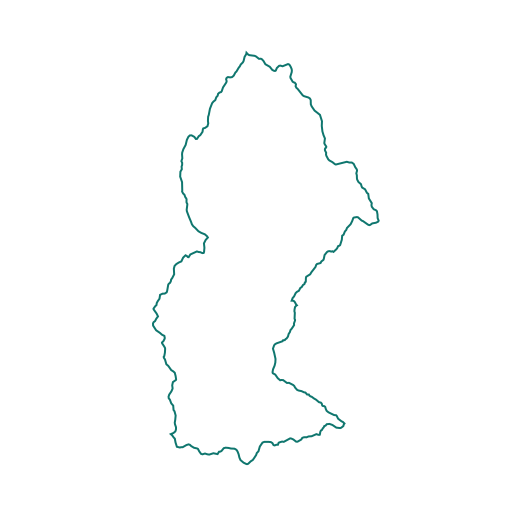 Pomabamba, Áncash, Peru (Equal Earth projection), rotated 345°
{"feature_id": "86281439B64426099138433", "entity_name": "Pomabamba", "entity_type": "district", "adm_level": 2, "iso_a3": "PER", "parent_name": "Peru", "parent_adm1": "Áncash", "projection": "equal_earth", "projection_center": [-77.411, -8.715], "detail": "fine", "context": "isolated", "style": "outline", "palette": "teal", "viewbox_px": 512, "rotation_deg": 345, "n_neighbors": 0, "source": "geoboundaries", "source_scale": "gbopen_adm2", "svg_char_len": 6107}
<svg xmlns="http://www.w3.org/2000/svg" viewBox="0 0 512 512"><g transform="rotate(345 256 256)"><path d="M151.7,432.9L153.0,433.7L155.6,433.6L157.6,434.9L159.4,435.7L163.8,435.5L167.6,437.4L169.6,435.5L171.0,435.7L172.2,435.4L175.1,433.3L177.1,433.3L179.8,434.3L182.0,435.5L185.2,436.5L186.3,437.4L187.2,438.7L187.6,440.3L187.9,443.0L187.8,446.4L188.2,449.1L190.5,452.4L192.9,454.5L193.9,454.8L194.8,454.6L197.7,453.0L200.1,452.2L201.9,450.7L204.6,448.3L205.8,446.5L207.8,445.3L210.4,441.0L214.0,437.9L215.9,437.7L219.8,438.7L222.2,439.6L223.4,440.9L224.0,443.2L225.0,443.8L226.9,443.6L228.3,444.0L229.5,442.3L230.1,442.1L233.2,442.0L234.7,442.7L241.8,441.0L242.9,441.5L244.6,442.9L246.7,445.7L248.1,446.1L252.2,445.0L253.6,443.7L254.9,443.5L256.4,443.7L257.8,444.2L260.1,443.9L263.1,444.5L268.2,443.7L269.9,444.8L271.2,445.2L271.8,444.4L272.4,442.8L273.5,441.4L274.8,441.0L275.8,439.8L277.0,439.1L278.0,437.9L279.2,437.9L280.8,436.8L283.5,437.2L286.1,439.0L289.2,442.6L292.8,444.0L293.9,443.9L296.3,442.9L297.3,441.3L298.1,440.7L297.0,438.8L295.8,437.8L293.2,434.4L292.6,431.4L292.2,430.6L290.2,429.8L285.6,425.8L284.4,424.2L284.1,423.6L283.8,421.6L283.8,419.7L283.2,418.8L281.8,418.2L281.3,417.6L281.3,415.6L280.7,414.4L279.0,413.5L276.8,410.3L275.1,408.6L273.3,406.3L272.3,405.7L271.5,404.7L271.2,403.5L269.5,403.0L268.4,400.7L267.1,400.1L265.0,398.3L262.4,397.0L261.1,396.0L259.7,393.2L259.3,391.4L258.5,390.2L255.1,387.1L253.0,386.6L250.1,382.9L248.3,382.3L247.2,382.3L245.4,379.7L243.9,375.5L241.9,373.6L241.9,372.5L243.1,369.9L245.6,366.7L247.1,363.9L248.2,360.5L248.5,354.2L248.4,349.9L250.3,347.1L251.2,346.3L253.1,345.7L259.6,345.2L259.9,344.7L260.3,344.4L262.0,344.7L263.1,343.9L264.2,343.6L266.0,342.1L267.4,339.7L269.0,338.3L270.2,336.4L271.5,335.6L274.9,332.6L275.2,331.0L277.0,328.4L277.2,327.7L277.0,326.6L278.8,320.9L278.8,319.3L279.4,317.6L280.5,315.4L282.1,314.3L282.7,314.2L282.1,312.9L281.6,310.6L281.0,309.4L280.0,308.7L278.9,308.4L280.5,306.1L282.3,304.9L284.7,302.1L286.3,301.2L288.4,300.7L290.6,298.3L292.0,297.9L294.0,296.1L295.4,295.7L295.9,295.2L296.3,294.2L297.1,294.0L297.5,293.5L298.5,290.2L299.2,289.0L303.6,287.7L305.2,286.1L310.6,282.0L311.9,280.1L312.9,279.5L316.5,279.5L317.7,278.2L320.1,277.2L320.7,276.4L322.5,272.8L325.5,270.6L326.5,270.2L327.9,270.2L329.1,270.7L329.7,271.2L331.0,271.2L331.9,272.1L335.3,270.3L336.4,269.5L337.9,267.7L339.3,267.6L340.1,267.2L343.1,262.5L344.5,258.7L346.1,258.1L348.2,255.3L349.9,254.2L351.1,252.5L355.6,249.8L358.0,247.1L359.8,244.5L360.6,244.2L363.5,244.5L364.5,245.0L367.3,249.2L368.4,250.0L372.3,254.7L373.4,255.5L374.4,255.5L376.7,254.6L380.5,254.9L382.7,254.5L383.6,253.7L383.3,250.8L384.1,247.4L384.4,244.1L383.7,242.8L381.8,241.3L380.6,238.4L380.7,236.7L381.5,234.9L379.9,229.6L380.5,225.0L379.5,223.7L378.6,219.8L376.2,217.3L376.0,215.8L376.0,213.8L374.1,211.0L373.5,208.3L373.6,207.1L374.3,204.1L374.3,202.1L375.6,199.9L375.8,199.2L375.6,197.8L374.9,196.1L374.2,192.3L372.7,190.5L370.4,189.9L368.1,188.5L356.8,188.3L356.0,187.7L354.1,185.1L351.6,182.7L350.8,181.3L349.9,177.4L349.9,176.1L350.5,174.4L350.0,172.1L350.0,171.3L350.6,170.0L351.8,169.4L352.2,168.5L351.3,165.7L351.2,164.6L353.0,160.3L352.5,156.8L352.4,152.9L353.2,147.4L354.6,142.9L354.3,136.2L350.2,130.7L348.5,125.9L348.2,123.7L349.2,119.6L348.9,117.9L347.7,116.5L343.7,114.0L342.7,112.9L339.5,105.4L338.5,103.9L338.2,102.2L339.0,100.7L339.0,100.2L338.3,98.6L337.2,97.9L336.5,97.1L335.4,92.9L335.6,91.6L338.1,87.6L338.7,85.9L338.8,84.5L338.5,82.4L338.0,80.4L337.3,79.3L336.5,78.9L330.8,79.6L328.8,78.4L327.5,78.3L324.8,79.8L323.1,82.0L322.4,82.2L321.5,81.9L319.9,80.5L318.3,76.8L314.7,73.2L313.7,69.5L312.5,67.3L311.7,66.7L309.9,66.3L307.6,63.2L306.5,62.3L301.4,60.2L300.5,59.3L299.4,57.2L298.8,58.5L296.5,60.7L294.5,64.4L293.4,65.6L290.8,67.1L289.3,68.8L288.3,69.4L284.8,72.8L283.6,73.4L281.2,76.0L279.8,76.7L279.1,77.0L277.3,76.8L275.2,75.9L273.8,76.3L272.9,77.4L272.9,79.5L272.2,80.7L267.8,84.6L265.5,88.0L264.7,88.6L263.0,88.7L261.4,89.5L260.4,91.3L258.7,92.4L257.0,94.9L254.9,95.8L253.2,97.0L249.6,101.9L246.9,107.5L245.8,109.1L244.5,113.2L244.2,115.5L242.7,118.1L239.9,119.1L238.1,119.1L237.5,119.8L236.5,122.2L233.4,124.9L231.8,125.4L229.3,127.6L228.2,127.4L227.3,125.0L225.0,122.8L223.4,122.4L221.6,123.3L219.3,125.9L216.8,130.5L213.5,134.0L211.5,137.0L210.9,138.6L210.1,142.6L208.5,145.1L208.8,146.9L208.2,149.0L207.3,150.3L206.8,153.0L204.8,155.0L203.3,159.7L203.7,165.5L201.7,173.7L201.3,174.6L201.8,176.8L202.7,178.2L203.0,181.2L203.5,182.2L203.6,183.2L202.8,186.0L202.8,186.7L203.1,187.6L203.0,188.5L201.0,193.4L200.8,194.9L201.4,201.1L202.1,206.2L202.3,208.8L203.1,211.0L204.5,213.0L206.8,217.2L209.1,219.5L212.2,221.8L213.8,224.2L214.3,225.7L211.6,227.4L209.0,230.3L208.3,234.7L206.9,238.6L206.2,239.5L204.9,239.3L203.2,237.9L201.6,237.3L200.1,236.3L193.0,237.5L190.6,239.7L189.9,239.4L189.2,238.1L188.1,237.1L185.2,238.7L182.5,241.9L179.8,242.3L176.9,243.2L174.8,244.5L173.4,246.9L172.2,252.5L169.3,255.7L167.9,256.8L167.3,258.2L166.1,259.6L164.5,260.3L163.8,261.0L161.2,266.6L160.3,268.0L158.1,268.7L156.0,268.2L153.3,268.7L151.7,272.3L149.3,274.3L148.0,275.7L147.1,277.7L145.7,278.4L143.4,280.3L143.3,281.1L145.1,285.9L145.7,289.0L143.5,290.7L141.7,292.7L140.0,293.4L139.1,294.4L138.9,295.1L138.6,296.6L140.3,301.9L143.3,305.4L144.9,307.8L146.8,309.4L146.7,311.3L146.4,312.2L144.5,314.3L142.8,315.2L142.7,316.0L143.9,319.6L144.3,321.2L144.2,322.2L143.0,325.8L141.5,328.9L140.7,329.6L140.7,330.6L141.3,332.4L141.4,337.4L142.8,339.4L144.6,344.3L146.2,346.0L147.3,347.7L147.3,351.0L146.9,354.5L146.6,355.0L143.1,356.3L141.6,359.2L141.2,362.2L140.9,362.8L139.2,364.9L136.3,367.4L135.1,369.3L134.9,371.0L135.6,372.3L136.0,376.4L137.3,379.1L136.5,383.4L137.1,384.9L137.1,389.3L135.6,393.3L134.4,395.9L134.2,397.4L134.4,400.7L133.9,402.6L133.1,404.0L132.6,404.6L130.5,405.6L127.6,406.0L128.6,407.5L129.5,409.9L130.3,411.4L130.0,415.4L130.2,419.8L132.9,421.3L134.2,421.3L135.7,421.7L139.9,420.6L142.1,420.5L143.3,421.3L144.2,422.8L146.5,425.2L149.2,426.6L150.0,427.3L150.6,430.0L151.7,432.9Z" fill="none" stroke="#0f766e" stroke-width="2"/></g></svg>